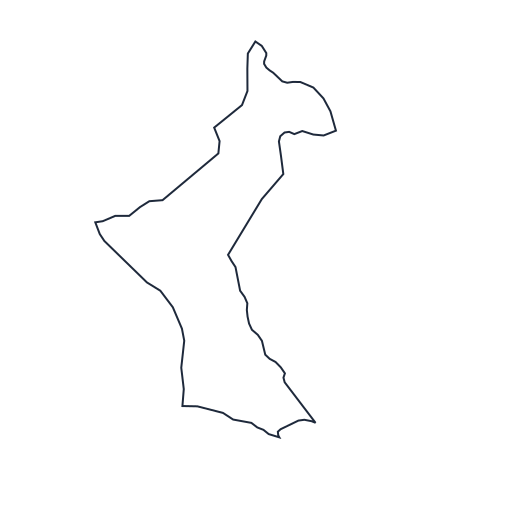 outline of Amuru, rotated 141°
{"feature_id": "UGA-5601", "entity_name": "Amuru", "entity_type": "District", "adm_level": 1, "iso_a3": "UGA", "parent_name": "Uganda", "parent_adm1": "", "projection": "natural_earth1", "projection_center": [31.868, 3.088], "detail": "fine", "context": "isolated", "style": "outline", "palette": "slate", "viewbox_px": 512, "rotation_deg": 141, "n_neighbors": 0, "source": "natural_earth", "source_scale": "10m", "svg_char_len": 1218}
<svg xmlns="http://www.w3.org/2000/svg" viewBox="0 0 512 512"><g transform="rotate(141 256 256)"><path d="M345.9,105.9L349.6,105.7L351.6,102.6L352.0,100.4L358.2,109.6L359.6,116.2L362.9,122.0L364.6,129.2L376.7,143.3L380.4,154.8L396.2,176.1L407.6,185.7L395.9,198.0L384.4,216.2L365.1,235.3L359.3,246.1L352.9,268.5L352.2,289.2L357.4,304.1L364.4,363.1L363.6,371.4L359.7,383.3L353.2,379.5L340.2,375.8L329.3,367.0L315.2,367.0L304.4,365.7L293.5,358.2L220.7,359.4L212.0,368.2L207.7,382.1L171.9,382.1L158.8,389.6L144.7,407.2L134.9,418.5L121.5,423.1L119.3,415.6L120.3,407.2L121.9,405.3L127.2,402.1L128.8,400.2L129.4,395.9L128.6,391.7L127.3,387.6L125.7,375.2L122.7,371.0L118.0,368.2L112.1,363.4L105.4,350.8L104.4,336.0L107.1,321.6L115.0,303.1L127.6,307.1L135.0,314.3L141.4,324.0L149.5,326.6L152.1,331.6L156.1,334.0L161.8,333.8L166.1,330.6L173.7,317.9L183.2,302.5L215.6,296.6L277.0,274.5L278.2,267.5L278.9,260.3L290.2,239.0L290.6,231.4L292.5,224.7L297.1,219.8L300.7,214.2L303.9,207.9L305.6,201.2L304.2,193.6L304.8,186.3L310.9,173.5L310.1,167.5L307.5,161.3L306.8,153.8L307.4,146.6L311.2,144.2L313.2,139.8L314.7,89.2L314.7,88.9L316.8,92.7L321.5,98.3L326.6,101.4L345.9,105.9Z" fill="none" stroke="#1e293b" stroke-width="2"/></g></svg>